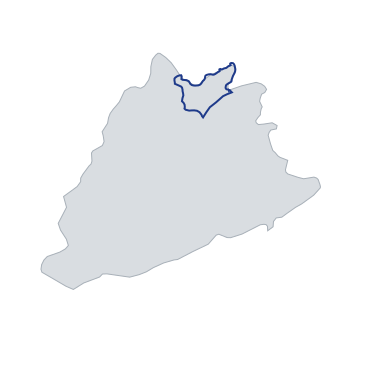 location of Vlasenica within Bosnia and Herzegovina, rotated 292°
{"feature_id": "BIH-4805", "entity_name": "Vlasenica", "entity_type": "state/province", "adm_level": 1, "iso_a3": "BIH", "parent_name": "Bosnia and Herzegovina", "parent_adm1": "", "projection": "robinson", "projection_center": [19.204, 44.258], "detail": "fine", "context": "in_parent", "style": "outline", "palette": "blue", "viewbox_px": 384, "rotation_deg": 292, "n_neighbors": 0, "source": "natural_earth", "source_scale": "10m", "svg_char_len": 3199}
<svg xmlns="http://www.w3.org/2000/svg" viewBox="0 0 384 384"><g transform="rotate(292 192 192)"><path d="M307.9,108.5L308.5,110.4L306.9,117.2L304.0,124.4L299.2,132.0L294.2,139.1L292.9,142.9L292.5,148.9L291.9,153.6L292.6,156.2L294.2,158.6L299.8,160.5L307.3,165.2L313.6,171.4L321.8,178.4L324.3,181.0L324.3,183.8L322.0,185.9L315.0,186.7L307.7,186.0L304.9,185.3L302.3,186.2L300.7,187.8L301.6,189.7L309.0,198.2L317.7,210.4L318.2,215.7L317.2,219.8L315.1,222.7L311.5,222.2L308.8,219.9L304.6,220.1L301.4,220.7L297.2,225.2L295.1,225.0L291.5,225.6L289.2,226.5L285.6,225.2L281.8,224.4L280.2,225.7L279.4,228.3L281.8,233.0L286.2,240.4L285.5,246.0L282.1,246.6L279.0,241.9L276.3,241.2L273.2,241.3L266.0,246.8L260.8,251.3L259.6,254.5L257.7,258.0L257.1,260.5L257.2,268.9L247.7,270.3L245.7,271.5L244.6,274.1L245.3,284.8L246.1,290.6L251.5,299.5L251.6,302.3L250.9,304.2L247.0,307.7L245.2,309.0L243.9,309.4L237.6,307.1L234.6,306.0L222.0,298.1L216.5,293.7L207.7,288.0L202.3,284.7L199.5,279.8L195.2,278.6L190.1,280.2L184.4,276.7L188.5,274.8L189.5,273.0L189.0,270.8L187.2,267.6L171.7,254.1L164.1,244.9L162.9,241.6L162.9,232.7L161.1,230.6L149.7,226.6L137.1,215.1L124.0,203.9L122.3,200.8L115.6,192.3L107.4,184.5L100.9,179.6L95.6,174.0L89.7,166.1L86.8,154.3L84.2,143.7L82.4,139.7L78.6,138.2L67.1,125.7L57.2,118.5L57.4,110.6L59.3,97.6L61.4,82.9L63.8,80.9L68.4,79.8L73.5,80.2L78.0,82.0L86.8,92.0L91.8,95.9L96.1,97.4L101.2,93.2L107.4,84.4L112.8,79.7L130.8,81.4L139.7,74.6L154.0,83.5L159.8,84.9L163.2,83.6L167.7,84.2L177.7,86.8L180.0,87.9L183.1,87.7L190.5,84.2L193.0,84.7L201.5,91.5L205.8,91.6L210.9,88.6L214.2,86.1L224.0,88.0L229.6,86.8L234.2,86.7L239.2,87.9L243.8,89.5L248.3,90.9L260.4,91.6L266.1,95.9L268.4,100.2L268.5,102.8L269.0,105.6L272.4,108.3L279.6,109.9L284.2,109.5L286.6,109.3L292.8,106.9L300.1,105.6L305.4,107.1L307.9,108.5Z" fill="#d9dde1" stroke="#a8b0b8" stroke-width="1"/><path d="M296.2,138.2L295.7,138.8L295.2,139.2L292.7,139.9L292.5,141.3L293.7,145.1L293.5,147.5L292.7,148.7L291.7,149.8L291.1,151.6L291.3,153.3L291.8,155.0L293.3,158.0L294.6,159.3L296.0,159.9L299.0,160.5L300.4,161.2L301.0,161.3L302.0,161.4L304.3,160.9L305.1,161.0L306.2,161.9L307.4,163.5L308.3,165.3L308.5,167.1L308.9,168.2L310.2,169.4L313.3,171.4L314.0,172.1L314.5,172.4L314.9,172.3L315.7,171.5L316.1,171.5L316.7,172.2L316.8,173.8L317.3,174.3L318.4,175.2L319.6,176.9L320.0,177.4L322.3,178.6L323.4,179.8L324.1,180.3L324.3,180.1L324.8,179.5L325.4,179.3L326.3,180.0L326.8,181.7L326.2,183.1L325.0,184.3L322.1,186.2L320.5,186.7L318.8,186.9L314.8,186.5L311.1,186.7L310.1,187.0L309.1,187.1L308.2,186.6L306.4,185.1L304.6,183.9L303.7,183.6L302.7,183.7L301.2,184.1L300.6,184.6L300.2,185.4L300.2,186.0L300.6,187.1L300.4,187.7L299.6,188.4L300.5,188.9L299.3,191.6L295.9,188.0L292.5,184.9L284.1,180.7L277.3,176.8L271.3,175.4L265.3,174.3L266.2,172.7L267.2,171.9L267.3,171.7L268.8,169.1L269.2,166.2L268.5,163.4L267.5,161.1L266.4,158.9L265.9,155.3L266.5,153.8L268.1,153.5L270.2,152.4L271.5,150.8L272.4,148.7L275.5,148.0L278.3,147.8L280.1,146.8L282.1,145.4L283.3,144.9L285.1,143.6L285.7,142.3L285.9,136.4L285.9,135.6L287.0,135.1L288.9,133.9L290.6,133.3L291.7,133.6L293.9,135.0L295.4,136.7L296.2,138.2Z" fill="none" stroke="#1e3a8a" stroke-width="2"/></g></svg>